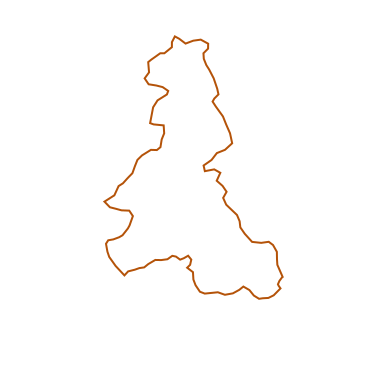 outline of Gunwi-gun, North Gyeongsang, South Korea, rotated 51°
{"feature_id": "91817680B30315657457409", "entity_name": "Gunwi-gun", "entity_type": "district", "adm_level": 2, "iso_a3": "KOR", "parent_name": "South Korea", "parent_adm1": "North Gyeongsang", "projection": "natural_earth1", "projection_center": [128.644, 36.164], "detail": "fine", "context": "isolated", "style": "outline", "palette": "amber", "viewbox_px": 384, "rotation_deg": 51, "n_neighbors": 0, "source": "geoboundaries", "source_scale": "gbopen_adm2", "svg_char_len": 1767}
<svg xmlns="http://www.w3.org/2000/svg" viewBox="0 0 384 384"><g transform="rotate(51 192 192)"><path d="M315.0,175.0L302.3,171.5L297.8,168.3L291.9,163.7L284.2,162.4L279.0,163.7L275.1,170.2L268.6,176.7L257.6,177.3L249.9,176.7L244.7,173.4L238.2,171.5L223.4,173.4L216.2,171.5L213.6,165.0L206.5,164.4L198.8,165.7L194.9,157.9L188.4,160.5L183.9,168.9L178.7,166.3L179.4,156.6L177.4,148.2L180.0,139.8L179.4,130.1L170.3,125.5L161.2,123.0L152.8,120.4L140.5,119.7L134.7,119.1L133.4,115.8L132.8,110.0L127.6,107.4L117.3,103.6L107.6,101.6L102.4,101.0L95.9,99.0L91.4,95.8L90.7,89.3L86.9,86.1L79.1,89.3L75.2,95.8L72.6,103.6L64.9,105.5L60.3,107.4L61.3,109.6L62.9,113.3L66.8,116.5L66.8,120.4L66.8,126.2L64.2,129.4L63.5,140.4L63.5,144.3L72.0,150.1L73.9,157.3L81.0,157.9L86.8,152.7L92.0,148.8L98.5,146.9L100.4,150.1L99.1,161.1L101.7,168.9L108.8,177.3L112.1,181.2L115.3,179.3L122.4,172.1L128.9,176.7L132.1,182.5L137.3,188.3L137.3,192.9L133.4,197.4L132.1,207.8L132.7,214.2L136.0,220.1L139.9,226.5L140.5,231.7L140.8,233.9L141.8,240.2L141.2,245.3L145.7,254.4L144.4,266.1L152.2,265.4L157.3,261.6L161.9,258.3L167.0,252.5L173.5,253.1L178.7,261.6L180.0,264.8L181.9,273.2L181.3,277.1L179.3,283.0L176.8,287.5L178.1,291.4L183.0,294.1L185.2,295.3L190.4,297.2L201.4,297.9L214.3,297.0L213.5,291.6L216.4,285.3L218.0,280.8L220.5,276.6L220.5,271.2L221.7,263.3L225.5,258.8L228.8,253.4L229.2,247.5L232.1,245.1L237.1,243.8L238.3,240.1L239.1,235.1L244.1,235.1L247.4,239.3L247.8,243.4L254.9,241.7L260.9,246.0L266.7,247.9L274.5,248.6L279.0,246.0L286.2,235.0L292.6,231.1L296.5,224.0L297.8,216.8L297.8,211.6L304.3,209.1L311.4,209.1L317.2,207.1L319.1,203.9L322.4,199.3L323.7,193.5L322.6,183.9L319.5,183.7L317.8,183.3L316.1,180.0L314.9,175.4L315.0,175.0Z" fill="none" stroke="#b45309" stroke-width="2"/></g></svg>